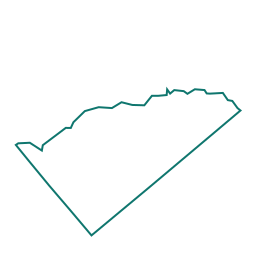 the district of Sherburne, Minnesota, United States of America, rotated 140°
{"feature_id": "52423323B66083863480284", "entity_name": "Sherburne", "entity_type": "district", "adm_level": 2, "iso_a3": "USA", "parent_name": "United States of America", "parent_adm1": "Minnesota", "projection": "robinson", "projection_center": [-93.859, 45.403], "detail": "fine", "context": "isolated", "style": "outline", "palette": "teal", "viewbox_px": 256, "rotation_deg": 140, "n_neighbors": 0, "source": "geoboundaries", "source_scale": "gbopen_adm2", "svg_char_len": 606}
<svg xmlns="http://www.w3.org/2000/svg" viewBox="0 0 256 256"><g transform="rotate(140 128 128)"><path d="M30.6,69.1L31.3,72.9L30.7,81.7L33.6,85.2L32.8,93.9L43.2,101.7L45.5,103.9L45.0,107.9L51.9,114.7L60.5,116.0L61.6,120.4L68.2,127.3L73.6,127.3L73.2,132.4L77.2,128.4L84.1,133.2L89.0,137.3L100.9,134.9L109.9,142.9L116.4,151.9L127.5,153.6L137.1,162.8L150.2,168.7L166.1,167.5L171.8,164.8L175.6,168.1L204.3,169.6L208.5,166.1L212.7,179.8L221.9,186.8L224.8,187.1L225.1,166.9L225.4,134.4L225.3,123.4L225.1,101.9L225.0,69.2L149.3,68.9L74.0,69.0L30.6,69.1Z" fill="none" stroke="#0f766e" stroke-width="2"/></g></svg>